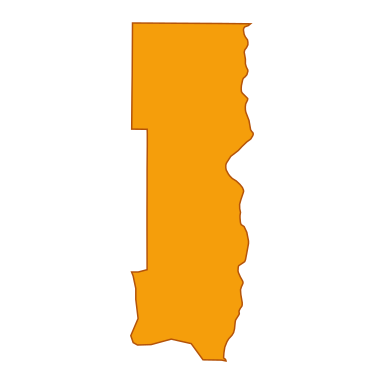 Washington, Minnesota, United States of America (Albers equal-area conic projection)
{"feature_id": "52423323B91557188858785", "entity_name": "Washington", "entity_type": "district", "adm_level": 2, "iso_a3": "USA", "parent_name": "United States of America", "parent_adm1": "Minnesota", "projection": "albers", "projection_center": [-92.811, 45.021], "detail": "fine", "context": "isolated", "style": "filled", "palette": "amber", "viewbox_px": 384, "rotation_deg": 0, "n_neighbors": 0, "source": "geoboundaries", "source_scale": "gbopen_adm2", "svg_char_len": 1825}
<svg xmlns="http://www.w3.org/2000/svg" viewBox="0 0 384 384"><path d="M132.5,23.0L132.2,75.8L132.0,92.3L131.7,129.1L147.2,129.3L147.3,134.0L147.3,145.7L147.1,169.8L147.1,184.2L147.1,187.3L147.0,212.7L147.0,227.6L147.1,269.7L138.3,272.0L131.6,272.0L133.1,275.8L135.8,288.5L135.8,299.4L138.1,318.5L130.8,335.7L133.2,342.6L137.5,345.0L151.1,344.6L171.2,339.1L191.2,343.6L203.0,359.8L221.6,360.1L226.0,361.0L225.9,360.3L225.4,359.3L223.9,358.2L223.6,357.5L223.9,352.9L224.8,347.1L227.0,341.6L228.8,338.7L232.0,335.2L233.6,332.5L234.5,328.9L235.2,322.0L235.6,320.0L239.0,314.6L239.3,313.6L239.0,311.6L239.2,310.5L240.4,308.2L241.8,306.3L242.2,304.9L242.2,302.6L240.8,294.4L240.5,289.7L241.4,286.8L242.9,283.5L243.0,282.3L242.7,281.2L240.3,276.9L238.4,272.6L238.0,270.9L238.2,267.6L238.4,266.4L238.8,265.6L243.9,262.2L244.7,261.6L245.0,260.9L245.5,259.6L246.4,255.0L248.5,243.6L248.5,241.0L246.8,232.3L244.1,226.6L241.3,224.7L240.7,223.6L240.4,222.2L240.0,218.0L240.0,215.4L240.5,212.4L239.7,208.7L239.6,204.3L240.9,199.6L243.3,192.5L243.6,191.4L243.5,190.2L242.4,187.5L239.9,184.4L236.3,181.0L232.3,178.5L230.0,176.2L228.4,174.1L226.2,170.0L225.8,167.8L225.8,165.1L226.2,163.7L226.7,162.6L230.4,156.9L230.5,156.7L230.8,156.3L238.3,150.5L242.0,146.5L246.8,141.9L250.1,139.5L250.9,138.8L252.8,135.6L253.2,134.3L253.2,133.7L252.8,132.5L251.8,131.6L250.6,129.7L249.0,120.5L245.8,112.1L245.4,109.9L245.3,106.8L245.7,103.9L247.6,99.9L247.7,98.5L242.3,93.1L241.4,91.5L241.2,88.6L241.4,85.6L242.7,79.6L243.4,78.2L245.2,76.7L246.9,74.7L247.9,71.1L247.7,69.7L247.0,68.5L246.2,66.7L245.4,63.8L245.4,59.1L244.2,52.2L244.8,49.8L246.4,47.8L247.9,44.8L247.9,42.2L247.5,39.9L245.2,36.7L244.1,34.2L243.5,30.5L243.5,29.2L243.9,28.0L244.9,26.8L248.3,25.6L250.5,23.8L220.7,23.5L132.5,23.0Z" fill="#f59e0b" stroke="#b45309" stroke-width="1.5"/></svg>